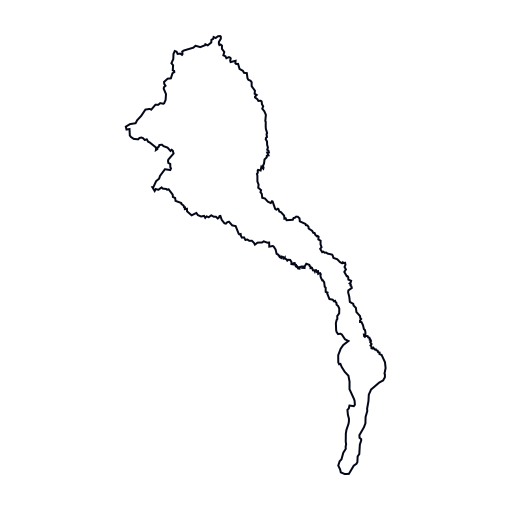 outline of Isnos, Huila, Colombia, rotated 178°
{"feature_id": "7082276B76225783159695", "entity_name": "Isnos", "entity_type": "district", "adm_level": 2, "iso_a3": "COL", "parent_name": "Colombia", "parent_adm1": "Huila", "projection": "equal_earth", "projection_center": [-76.283, 2.067], "detail": "fine", "context": "isolated", "style": "outline", "palette": "ink", "viewbox_px": 512, "rotation_deg": 178, "n_neighbors": 0, "source": "geoboundaries", "source_scale": "gbopen_adm2", "svg_char_len": 6132}
<svg xmlns="http://www.w3.org/2000/svg" viewBox="0 0 512 512"><g transform="rotate(178 256 256)"><path d="M357.2,328.4L355.0,324.5L353.9,326.4L351.2,325.6L348.0,327.8L346.8,326.6L343.3,326.1L342.5,325.3L341.0,325.7L337.1,320.2L337.0,317.9L334.8,316.8L334.5,313.9L328.9,311.6L328.7,310.6L326.6,308.9L326.2,307.2L325.3,307.1L325.4,305.3L323.4,305.6L323.3,303.0L318.9,298.9L314.1,301.1L312.7,298.9L309.5,297.4L306.5,297.9L305.4,295.9L304.0,297.3L301.9,296.4L299.3,298.2L297.0,296.8L294.6,296.6L292.9,294.8L291.9,295.5L291.0,297.2L290.2,297.3L289.0,293.3L286.4,289.8L285.0,289.4L283.5,290.8L281.8,291.2L278.7,287.4L275.3,286.6L272.5,278.8L271.9,278.2L270.6,278.5L270.4,276.8L269.5,274.9L267.3,275.0L266.0,272.4L264.1,272.8L262.2,271.4L259.5,271.3L257.5,269.1L256.7,267.4L254.0,269.3L249.4,269.3L247.8,270.4L244.2,268.9L242.4,269.0L242.4,264.9L238.9,265.4L238.0,264.8L236.2,261.8L235.3,257.4L234.0,256.8L233.3,255.5L232.5,255.5L232.3,254.0L230.7,253.1L230.7,254.4L230.3,254.6L229.7,253.8L229.0,254.0L228.3,252.6L227.3,253.5L227.3,252.4L225.6,251.6L224.9,250.3L223.8,251.1L222.0,250.9L220.8,248.9L220.9,246.7L219.4,246.4L218.8,247.5L217.6,247.6L217.4,246.8L218.0,246.1L216.4,245.8L216.6,244.3L215.9,243.8L215.3,244.2L214.9,243.2L213.6,243.3L214.6,242.6L214.4,242.1L213.0,241.8L212.9,242.8L211.2,243.9L208.9,243.8L209.8,242.5L207.9,242.3L207.7,243.9L206.0,246.5L203.0,245.3L202.7,244.0L201.8,243.5L201.9,242.0L200.4,242.1L199.6,239.7L198.2,239.6L197.7,238.4L197.1,239.7L196.5,239.8L195.6,238.5L194.5,238.7L194.4,238.0L195.2,237.4L194.4,236.9L194.4,236.0L192.5,236.6L191.9,235.5L192.3,234.1L192.0,232.4L190.7,229.4L190.2,229.5L188.8,227.4L188.4,222.9L187.5,221.9L187.6,217.7L185.8,217.0L186.1,215.9L184.1,210.4L180.9,209.7L179.6,208.0L178.5,208.4L178.1,207.2L177.3,206.5L177.2,204.6L175.6,203.0L174.6,200.5L174.9,195.7L176.9,193.2L176.9,190.2L177.7,189.2L178.5,186.1L178.5,179.0L178.0,177.0L176.7,175.1L174.4,175.4L173.0,174.6L170.0,169.7L166.6,167.8L171.9,164.0L174.6,160.4L177.3,154.0L177.5,147.0L176.7,144.9L175.4,145.2L174.2,142.0L171.4,137.2L167.8,133.1L166.9,127.2L167.2,119.6L163.0,109.5L162.5,107.6L162.4,103.9L163.5,102.5L167.8,103.3L168.6,100.4L170.0,99.0L169.7,94.1L168.8,90.2L168.9,87.6L169.4,85.1L171.7,79.0L172.4,75.5L172.8,67.3L172.5,64.7L173.1,62.2L173.0,60.2L175.6,56.4L177.7,49.8L179.6,47.9L181.1,43.7L179.4,39.8L178.8,36.8L174.9,35.0L170.8,35.0L165.6,43.1L162.9,44.8L161.9,46.4L161.4,52.2L159.7,54.4L158.8,63.9L157.3,68.0L157.3,69.3L158.9,70.7L158.9,73.4L154.2,80.9L152.5,84.9L152.1,91.3L150.2,97.2L150.3,99.5L148.7,106.9L148.1,113.5L145.6,118.6L137.3,125.2L133.3,127.2L131.4,130.4L131.3,133.2L131.7,134.0L130.4,139.4L130.8,145.3L133.9,152.7L136.0,153.7L135.9,155.2L137.3,155.6L137.7,157.1L139.1,157.6L139.5,158.5L140.5,158.4L141.9,160.2L142.6,159.4L143.8,159.8L143.8,161.6L144.7,162.6L143.6,164.0L144.9,166.0L144.0,167.0L144.7,168.7L145.3,168.5L145.5,170.4L146.7,170.7L147.2,172.0L149.3,172.3L150.0,171.4L150.7,172.0L150.9,173.7L149.7,173.6L149.3,174.2L149.4,176.8L149.8,178.4L150.7,179.1L151.5,183.2L152.9,186.3L154.3,186.4L154.3,187.9L153.1,189.4L154.0,190.5L154.1,192.3L157.6,196.5L158.0,200.7L160.2,203.1L160.5,204.8L163.8,206.8L164.2,211.9L165.2,216.6L164.9,218.4L161.4,220.7L161.7,222.3L162.6,223.2L162.3,224.2L163.4,225.3L162.4,226.0L161.8,227.9L164.5,229.2L164.6,231.7L165.3,232.7L166.0,232.6L168.3,237.0L166.6,239.5L167.9,241.9L166.9,244.2L167.2,246.1L169.1,245.9L169.5,246.6L170.3,245.8L172.2,246.9L174.9,249.9L178.7,251.4L179.4,254.0L180.1,254.8L184.4,255.9L185.8,257.0L187.3,256.9L188.6,258.0L189.7,257.5L191.6,260.9L190.2,262.5L191.1,265.5L190.9,269.0L193.1,270.4L192.8,273.1L193.7,273.9L194.4,273.5L196.0,275.1L196.7,277.0L198.0,277.2L199.0,279.2L202.4,281.6L202.5,283.3L203.6,284.8L205.1,285.1L205.4,286.3L211.0,289.1L211.2,292.1L212.9,293.8L214.6,293.9L215.9,292.8L217.1,292.7L218.0,290.9L224.2,290.7L225.1,292.7L226.3,292.3L226.5,295.4L229.6,299.0L231.1,299.6L232.0,302.2L232.5,302.5L234.1,301.6L235.2,302.4L237.5,309.9L238.1,310.2L239.4,308.4L242.3,309.9L245.1,313.2L247.7,313.9L248.1,318.0L249.3,319.6L248.6,321.6L251.4,324.2L250.9,327.2L252.0,330.4L251.8,336.3L252.2,338.0L251.3,339.1L251.3,341.4L250.9,342.0L248.4,341.3L247.5,345.0L245.7,343.0L245.4,344.0L245.9,346.0L244.8,347.9L244.1,352.2L241.9,354.2L241.7,355.8L240.0,356.1L241.2,359.0L239.5,359.1L239.9,360.8L241.1,361.8L240.3,364.0L241.0,366.6L241.0,370.1L242.2,372.3L241.9,373.7L240.9,374.5L241.2,377.5L240.6,378.5L241.7,382.7L241.8,385.1L241.6,389.7L242.0,390.6L241.2,396.7L242.6,400.3L244.6,403.0L243.6,405.4L244.7,407.3L245.0,410.3L245.9,411.0L248.2,410.9L249.2,412.7L251.4,414.5L251.4,415.3L249.7,416.9L251.7,418.2L251.3,421.2L254.4,425.8L254.3,429.8L255.3,431.3L257.5,432.4L258.3,433.9L258.8,439.1L261.6,439.5L262.7,441.6L265.9,443.5L267.2,448.6L269.1,448.6L269.9,449.3L269.6,451.8L274.6,450.7L275.0,452.2L274.4,454.2L274.7,455.0L276.1,455.7L278.7,454.7L279.6,456.7L281.6,457.7L280.6,461.0L282.8,464.2L282.7,467.5L284.1,468.6L285.2,468.1L285.7,469.3L285.6,471.3L283.6,474.3L283.5,476.4L284.0,477.0L286.2,477.0L288.7,475.3L290.7,476.3L291.2,474.5L293.0,473.6L293.3,470.9L296.9,468.2L299.2,469.4L299.6,468.4L304.4,466.7L309.1,468.2L311.3,466.4L320.9,463.9L322.6,462.9L322.4,460.3L322.9,459.6L324.7,460.9L327.3,460.7L328.2,462.9L330.0,463.7L331.4,460.9L331.8,455.7L333.8,451.6L332.2,449.5L332.7,444.5L331.4,443.9L331.2,442.7L333.1,441.5L334.9,436.5L338.1,436.3L341.8,433.2L341.7,431.2L340.5,429.3L342.1,427.9L342.4,426.4L340.3,420.9L340.9,415.1L342.5,411.8L343.3,411.4L346.4,412.1L348.4,410.5L351.2,410.7L355.6,405.9L357.1,406.7L361.4,406.2L365.8,400.1L370.0,395.9L371.7,392.9L377.3,392.2L381.6,389.8L381.0,386.9L378.0,387.3L377.9,380.8L376.8,379.3L374.1,377.3L369.7,376.7L368.4,378.0L366.4,378.4L364.8,377.7L363.1,375.8L361.1,376.4L359.7,373.8L358.5,373.4L352.7,368.4L352.0,367.0L352.3,365.4L350.8,366.3L350.7,367.9L349.5,368.4L348.7,370.3L346.1,370.5L344.6,369.0L340.6,367.4L337.8,364.0L336.6,365.1L335.5,364.1L334.8,361.3L340.2,355.5L340.6,354.1L340.4,352.1L338.5,351.0L338.5,347.5L337.9,346.6L338.7,344.9L344.0,345.9L349.2,339.3L350.1,336.7L353.2,334.3L356.1,328.5L357.2,328.4Z" fill="none" stroke="#020617" stroke-width="2"/></g></svg>